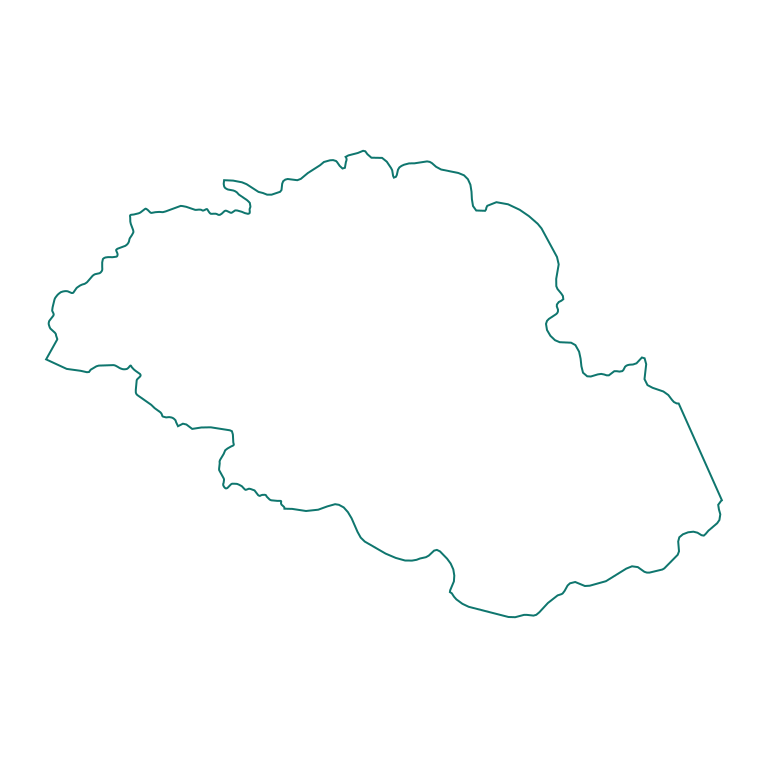 outline of Northern Areas
{"feature_id": "PAK-1111", "entity_name": "Northern Areas", "entity_type": "Centrally Administered Area", "adm_level": 1, "iso_a3": "PAK", "parent_name": "Pakistan", "parent_adm1": "", "projection": "albers", "projection_center": [74.17, 35.776], "detail": "fine", "context": "isolated", "style": "outline", "palette": "teal", "viewbox_px": 768, "rotation_deg": 0, "n_neighbors": 0, "source": "natural_earth", "source_scale": "10m", "svg_char_len": 6075}
<svg xmlns="http://www.w3.org/2000/svg" viewBox="0 0 768 768"><path d="M557.0,257.0L558.7,264.4L556.2,278.9L556.3,286.2L557.5,289.0L561.3,293.6L562.9,296.0L563.3,299.2L561.4,300.7L558.8,302.0L556.9,304.5L556.8,306.4L558.0,309.7L557.9,311.7L557.2,313.1L556.2,314.1L548.9,318.9L547.0,320.9L546.0,323.9L547.0,330.0L550.4,335.8L555.0,340.2L559.7,342.2L571.1,342.7L575.4,345.1L579.1,351.7L580.6,358.7L581.4,366.2L583.0,372.7L587.2,376.3L590.8,376.5L597.8,374.4L601.2,373.9L604.2,374.5L606.6,375.3L608.9,375.3L614.3,371.2L616.9,371.2L619.5,371.6L622.3,371.1L623.4,370.0L625.1,366.7L626.5,365.6L628.1,365.0L629.7,364.7L633.0,364.5L636.5,363.3L641.9,357.5L644.6,358.3L646.2,364.2L644.5,379.1L647.5,385.1L652.6,387.8L663.4,391.5L668.3,395.0L672.0,399.9L673.9,402.0L676.6,403.4L678.7,403.5L721.9,500.3L721.0,501.0L718.2,504.8L718.9,509.3L720.3,514.3L719.4,520.0L717.2,523.2L708.4,530.7L705.6,534.0L703.8,535.6L701.5,535.2L697.5,532.7L693.4,531.7L688.1,532.3L682.9,534.3L679.3,537.3L678.2,541.5L679.0,551.3L677.7,554.8L664.3,568.4L662.4,569.5L649.5,572.6L646.9,572.6L644.4,571.8L637.8,567.1L632.0,566.3L626.3,568.6L605.9,581.2L589.8,585.7L584.9,586.0L575.2,582.0L570.0,583.3L567.6,585.5L564.6,590.9L562.7,593.4L561.6,594.1L557.6,595.4L547.9,603.0L539.3,612.3L536.3,614.8L533.5,615.6L527.1,614.9L523.9,614.9L515.2,617.2L508.5,617.0L468.7,606.8L462.4,603.8L456.4,599.4L454.0,596.7L451.8,593.3L449.9,592.1L450.2,590.2L453.9,581.4L454.3,575.6L453.3,569.4L450.7,563.6L447.1,558.7L440.0,551.4L436.9,549.9L434.1,550.6L428.8,555.6L425.9,557.2L420.0,558.5L416.6,559.8L412.0,560.6L405.0,560.5L395.7,557.9L385.6,553.6L364.8,541.6L360.7,537.6L357.5,531.8L351.6,518.3L347.9,512.1L343.7,507.4L338.9,504.8L335.1,504.2L327.3,506.4L318.2,509.7L306.0,511.0L292.2,508.9L284.4,508.7L284.4,507.6L284.2,507.2L283.6,506.5L281.5,504.6L281.1,503.7L281.0,503.0L281.2,501.6L281.0,501.1L280.4,500.9L277.6,500.9L271.3,500.3L270.5,500.0L269.6,499.5L266.7,496.6L266.4,496.1L266.2,495.5L265.6,495.0L264.6,494.8L262.3,494.9L261.0,495.3L259.9,495.9L258.9,495.6L258.2,495.2L254.5,490.4L250.6,489.0L249.0,488.7L246.3,489.7L245.5,489.8L244.7,489.3L241.8,486.2L239.0,484.7L237.3,484.0L236.1,483.8L232.4,483.7L231.9,483.8L230.9,484.4L227.8,487.6L227.2,488.1L226.3,488.4L225.8,488.4L225.1,488.0L224.3,487.2L223.3,485.5L223.2,484.6L223.2,483.9L223.6,482.9L224.0,480.1L224.0,479.3L223.7,478.4L219.4,470.6L219.1,469.9L219.1,468.6L219.7,463.5L219.6,461.8L219.6,461.3L220.2,459.7L223.7,453.9L225.2,450.3L227.5,448.5L231.2,446.4L232.6,445.8L233.3,445.4L233.7,444.9L233.8,444.4L233.3,442.4L232.9,434.8L232.8,434.2L231.9,431.2L229.9,430.3L210.7,427.3L201.3,427.5L192.2,428.9L186.4,424.5L182.9,423.7L178.0,426.2L176.1,422.2L175.5,420.3L174.0,418.8L172.8,418.0L171.6,417.5L169.9,417.2L169.1,417.1L166.1,417.4L163.4,416.7L162.8,416.5L162.4,416.1L161.7,414.1L161.3,413.4L160.4,412.3L154.7,408.2L151.2,404.8L137.5,395.2L136.6,394.3L136.1,393.4L135.8,392.4L135.8,389.8L136.7,380.3L136.9,379.8L137.3,379.2L140.1,376.5L140.5,375.8L140.6,375.2L140.4,374.6L139.9,373.9L135.5,370.8L133.8,369.4L131.7,367.1L131.2,366.1L130.9,365.7L130.4,365.6L129.7,366.2L128.5,367.7L127.3,368.7L126.6,369.0L125.6,369.2L124.0,369.3L122.4,369.1L120.2,368.3L119.1,367.7L117.8,366.9L115.6,365.7L114.5,365.3L113.6,365.1L98.8,365.6L96.4,366.3L90.7,369.7L89.0,372.0L86.9,372.2L80.6,370.8L66.7,368.9L46.1,359.4L57.1,339.7L57.3,339.1L56.1,335.6L55.9,334.2L55.0,332.8L50.4,328.6L49.7,327.3L49.5,326.7L49.0,325.2L48.7,324.0L48.7,323.1L49.1,321.3L49.5,320.6L53.4,315.6L53.7,314.5L53.5,313.5L52.2,310.8L52.2,310.2L52.6,307.3L54.4,299.9L54.8,298.7L55.4,297.6L56.4,296.3L57.6,294.8L58.8,293.7L60.8,292.2L62.9,291.5L64.6,291.2L66.0,291.1L67.7,291.3L71.6,293.0L72.5,293.0L73.3,292.7L76.5,288.1L77.3,287.4L80.1,285.5L82.3,284.5L84.5,283.9L85.4,283.4L87.0,282.3L92.6,275.8L93.9,274.8L95.1,274.2L99.6,273.2L100.8,272.3L101.8,271.0L102.2,270.0L102.3,269.1L102.2,266.9L102.2,262.4L102.9,259.1L103.7,258.3L105.3,257.5L108.2,257.1L112.6,257.2L116.3,256.7L116.9,256.4L117.4,255.7L117.6,254.4L117.4,253.4L116.2,250.6L116.2,249.9L116.7,249.3L117.6,248.7L125.4,245.8L127.3,244.3L128.5,242.6L129.0,241.3L129.5,239.0L129.9,238.1L131.9,235.1L133.2,232.7L133.4,232.1L133.4,231.5L133.1,230.0L130.8,223.9L130.3,221.6L130.2,217.5L130.0,215.9L130.3,215.2L131.0,214.8L133.8,214.5L138.7,213.3L140.4,212.5L144.8,209.1L145.5,208.7L146.3,208.9L147.8,210.0L150.2,212.4L150.9,212.8L151.6,212.9L155.3,212.2L159.3,211.9L161.8,212.1L163.1,212.1L165.7,211.4L180.7,205.9L182.7,206.1L186.2,206.8L195.0,209.8L195.9,209.9L199.0,209.6L200.7,209.7L201.4,209.9L202.5,210.5L203.4,210.5L204.2,210.2L206.2,209.2L206.9,209.1L207.5,209.6L208.7,211.6L209.6,212.8L210.2,213.4L210.9,213.8L211.7,213.8L215.6,213.7L216.7,214.0L218.3,214.8L219.1,214.9L219.9,214.8L221.6,213.8L224.5,211.1L225.4,210.7L226.5,210.8L227.6,211.3L230.5,212.7L231.3,212.8L232.1,212.5L235.0,210.5L235.6,210.4L237.2,210.5L241.8,211.8L244.9,213.1L247.8,213.8L248.6,213.7L249.5,213.2L249.8,212.1L249.6,209.6L249.7,208.8L250.3,207.2L250.4,206.4L249.8,202.9L248.8,201.8L247.1,200.2L238.9,194.6L236.8,192.3L234.9,191.1L233.3,190.5L227.9,189.5L226.8,189.0L225.3,188.1L224.5,187.1L224.1,186.2L223.7,183.9L224.1,180.2L233.1,180.6L242.0,182.3L246.6,184.2L258.5,191.9L262.9,193.0L267.2,194.7L271.5,194.7L280.1,191.8L281.5,190.0L282.2,183.7L283.2,181.2L285.3,179.6L287.7,179.0L297.3,180.2L300.8,178.9L307.9,173.0L320.1,165.2L323.9,162.0L330.0,160.3L333.1,160.1L336.0,161.0L337.0,162.0L339.7,165.9L342.5,168.5L344.9,167.8L345.9,162.0L346.4,160.6L346.6,159.2L346.3,158.0L345.6,156.9L348.4,155.4L357.8,153.0L363.1,150.8L365.3,151.3L367.4,154.2L371.4,157.7L382.1,157.9L386.8,161.7L391.1,168.1L392.2,170.3L393.1,175.9L393.9,177.6L395.9,176.8L396.8,175.0L398.0,169.7L399.4,167.4L401.5,165.9L404.1,164.7L409.1,163.4L414.6,163.3L427.1,161.4L429.8,161.9L431.9,163.1L436.1,166.8L441.1,169.5L458.4,173.0L464.0,175.3L467.9,179.2L470.4,184.7L471.5,191.7L471.9,199.2L473.0,206.0L476.2,210.5L485.1,210.8L486.0,209.5L486.4,207.6L487.3,205.8L496.4,202.2L508.1,204.3L519.7,209.8L528.9,216.1L537.7,223.8L541.5,228.4L557.0,257.0Z" fill="none" stroke="#0f766e" stroke-width="2"/></svg>